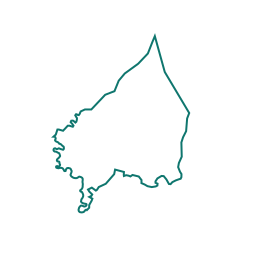 the district of Enrique Martínez, Treinta y Tres, Uruguay, rotated 110°
{"feature_id": "84410073B18985772517104", "entity_name": "Enrique Martínez", "entity_type": "district", "adm_level": 2, "iso_a3": "URY", "parent_name": "Uruguay", "parent_adm1": "Treinta y Tres", "projection": "orthographic", "projection_center": [-53.826, -33.156], "detail": "fine", "context": "isolated", "style": "outline", "palette": "teal", "viewbox_px": 256, "rotation_deg": 110, "n_neighbors": 0, "source": "geoboundaries", "source_scale": "gbopen_adm2", "svg_char_len": 4143}
<svg xmlns="http://www.w3.org/2000/svg" viewBox="0 0 256 256"><g transform="rotate(110 128 128)"><path d="M93.0,75.6L62.8,112.6L32.5,134.2L38.9,134.5L51.2,134.8L64.1,140.4L77.9,149.7L86.7,152.9L98.0,153.3L104.6,160.8L123.1,168.8L125.3,174.8L128.6,178.1L131.6,178.3L132.7,178.7L132.9,179.8L132.7,180.6L132.8,181.5L134.1,181.9L135.1,180.8L136.0,179.5L136.8,179.1L138.4,178.8L139.8,178.7L140.9,179.3L139.9,181.8L140.1,182.9L140.6,183.8L142.1,183.9L143.4,181.5L144.5,180.0L145.7,180.3L145.8,181.9L145.9,184.0L146.5,185.4L150.1,186.9L152.8,188.1L153.1,192.4L153.6,193.8L158.9,193.6L161.6,195.0L161.4,194.4L161.3,193.8L161.5,193.2L161.8,192.9L162.2,192.7L162.5,192.4L163.0,192.3L163.5,192.3L164.0,192.4L164.4,192.4L164.7,192.1L165.0,191.7L165.2,191.1L165.3,190.3L165.3,189.5L165.4,188.8L165.7,188.1L166.0,187.5L166.3,187.2L166.3,186.8L166.1,186.2L166.2,185.6L166.7,184.5L167.1,183.7L167.4,182.6L167.5,182.2L167.8,181.9L168.2,181.7L168.7,181.4L169.4,181.2L169.9,181.2L170.4,181.4L170.6,181.5L170.7,181.8L170.7,182.7L170.8,183.8L170.8,184.7L170.7,185.5L170.8,186.1L171.2,186.5L171.6,186.9L172.0,187.3L172.2,188.0L172.1,188.8L172.0,189.5L172.4,190.2L172.8,190.5L173.4,190.6L174.0,190.5L174.6,190.2L175.0,189.6L175.2,188.9L175.1,188.3L174.9,187.8L174.8,187.2L174.9,186.6L175.1,186.1L175.1,185.6L175.2,185.0L175.2,184.3L175.4,183.9L175.8,183.5L176.3,183.1L176.7,182.8L177.2,182.4L177.7,182.2L178.2,182.3L178.7,182.5L179.4,182.7L180.2,183.1L180.9,183.5L181.5,183.8L182.0,183.9L182.5,183.8L182.9,183.7L183.2,183.4L183.3,183.2L183.5,182.9L183.3,182.3L183.2,181.7L183.2,181.2L183.5,180.8L183.9,180.6L184.4,180.4L184.9,180.2L185.3,179.7L185.7,179.3L186.2,179.2L186.6,179.2L187.2,179.4L187.6,179.7L187.9,180.2L188.0,180.8L188.0,181.5L188.3,182.0L188.6,182.3L189.1,182.3L189.6,182.0L189.8,181.7L189.8,181.4L189.8,180.8L189.7,180.2L189.6,179.6L189.4,179.2L189.0,178.8L188.7,178.3L188.5,177.7L188.2,176.9L188.2,176.2L188.3,175.5L188.7,174.9L189.1,174.3L189.5,173.9L190.0,173.4L190.2,173.0L190.0,172.4L189.8,172.0L189.4,172.0L188.9,172.0L188.2,172.1L187.5,171.9L187.0,171.8L186.5,171.4L186.2,170.9L185.9,170.1L185.9,169.4L185.8,168.6L186.0,168.0L186.5,167.4L187.1,166.9L187.6,166.3L188.2,166.1L189.0,166.0L189.7,166.0L190.4,166.0L191.6,166.0L192.2,165.6L192.6,165.0L192.9,164.6L193.1,163.6L193.3,163.0L193.4,162.0L193.3,161.0L193.1,160.3L192.8,159.5L192.5,158.9L191.7,158.2L191.0,157.7L190.7,157.5L190.4,157.2L190.3,156.7L190.3,156.4L190.2,155.7L190.3,154.9L190.5,154.1L191.0,153.4L191.5,153.1L192.3,152.8L193.1,152.6L194.0,152.4L194.7,152.1L195.7,151.5L196.7,151.1L197.6,150.9L198.4,150.6L199.3,150.4L200.0,150.4L200.7,150.5L201.3,150.7L201.9,151.0L202.5,151.3L202.9,151.6L203.3,151.5L203.7,151.2L203.9,150.7L203.9,150.1L203.9,149.6L204.1,149.1L204.7,148.5L205.3,147.9L205.9,147.4L206.5,147.1L207.3,146.8L208.0,146.8L208.7,146.8L209.4,146.9L210.1,147.1L210.7,147.3L211.7,147.3L212.5,147.1L213.2,147.0L213.6,146.5L213.9,146.0L214.0,145.1L214.1,144.4L214.1,143.8L214.0,143.2L213.9,142.6L213.8,142.0L213.7,141.5L213.8,141.0L214.3,140.7L214.9,140.6L215.5,140.8L215.8,141.0L216.3,141.5L216.7,142.1L216.8,142.7L216.7,143.5L216.7,144.3L216.8,144.9L216.9,145.4L217.3,145.9L218.0,146.2L218.7,146.5L219.2,146.6L219.9,146.7L220.7,146.6L221.2,146.6L222.0,146.4L222.4,146.1L223.0,145.7L223.2,145.3L223.4,144.9L223.5,144.5L223.4,143.8L223.3,143.2L223.1,142.5L222.8,142.0L222.5,141.5L222.2,141.1L221.9,140.8L221.3,140.6L220.5,140.2L219.7,140.0L219.3,139.6L219.0,139.2L218.9,138.8L219.1,138.5L216.2,137.2L213.6,138.1L208.8,137.3L206.6,137.3L206.0,140.8L204.4,139.2L202.7,138.9L201.0,142.6L199.5,144.5L196.4,141.6L197.8,136.8L196.7,136.0L193.5,135.3L188.0,129.8L176.1,125.2L171.5,125.9L170.7,116.8L173.6,115.9L174.5,115.4L173.0,113.6L172.6,111.1L172.7,109.2L170.6,107.7L169.9,101.3L172.3,97.5L175.2,96.5L175.4,93.0L176.0,89.8L175.4,85.5L173.4,81.9L172.0,80.7L170.2,81.2L170.1,83.4L168.7,83.9L165.3,83.1L161.6,80.1L161.0,78.0L163.2,74.3L166.6,70.4L166.2,68.8L163.7,67.8L160.9,65.2L158.5,62.3L157.7,61.2L156.0,61.0L153.0,62.0L151.3,64.2L147.6,67.5L143.5,68.2L136.6,67.7L123.3,72.9L117.9,73.1L111.1,72.3L98.8,75.7L93.0,75.6Z" fill="none" stroke="#0f766e" stroke-width="2"/></g></svg>